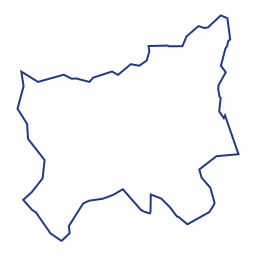 outline of Ikot Abasi, Akwa Ibom, Nigeria
{"feature_id": "59680162B30032590265448", "entity_name": "Ikot Abasi", "entity_type": "district", "adm_level": 2, "iso_a3": "NGA", "parent_name": "Nigeria", "parent_adm1": "Akwa Ibom", "projection": "albers", "projection_center": [7.634, 4.614], "detail": "fine", "context": "isolated", "style": "outline", "palette": "blue", "viewbox_px": 256, "rotation_deg": 0, "n_neighbors": 0, "source": "geoboundaries", "source_scale": "gbopen_adm2", "svg_char_len": 1026}
<svg xmlns="http://www.w3.org/2000/svg" viewBox="0 0 256 256"><path d="M214.6,203.0L210.3,187.7L201.6,177.7L199.3,169.5L216.4,156.2L238.5,154.2L225.0,115.4L223.8,118.1L219.7,112.2L219.2,111.0L220.7,97.9L219.6,96.9L218.2,89.1L218.6,85.1L225.0,73.6L225.8,72.3L220.9,65.8L225.4,48.6L227.1,46.0L228.2,41.1L230.2,39.4L227.4,18.2L220.9,15.4L207.8,27.5L204.2,28.0L198.5,26.1L186.6,36.3L182.4,46.2L168.9,46.3L168.0,45.6L148.6,46.0L149.3,51.5L146.8,60.4L139.3,65.7L130.8,64.2L118.0,74.9L112.0,71.5L93.1,77.7L89.4,81.9L76.3,78.5L71.6,78.7L63.8,74.7L38.0,81.9L21.3,71.6L23.6,86.2L17.5,108.7L27.1,123.9L28.0,138.8L44.6,160.1L42.6,178.3L31.8,192.1L23.2,199.9L32.1,209.9L35.9,212.4L40.1,218.4L50.5,233.4L61.0,240.6L61.9,240.6L69.6,233.2L68.9,226.0L83.1,203.5L88.9,200.8L90.5,200.5L103.0,198.7L113.3,194.8L113.6,194.7L122.8,189.2L141.0,210.0L144.4,211.8L149.9,213.4L150.5,211.7L150.8,194.5L161.3,198.6L169.7,207.0L177.0,216.5L178.4,216.8L187.4,224.3L209.3,212.1L213.4,205.7L214.6,203.0Z" fill="none" stroke="#1e3a8a" stroke-width="2"/></svg>